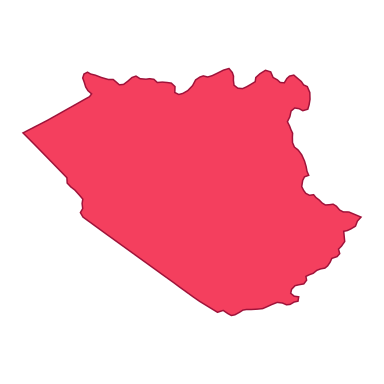 the district of Bom Jardim, Rio de Janeiro, Brazil
{"feature_id": "56859067B55012007485674", "entity_name": "Bom Jardim", "entity_type": "district", "adm_level": 2, "iso_a3": "BRA", "parent_name": "Brazil", "parent_adm1": "Rio de Janeiro", "projection": "albers", "projection_center": [-42.342, -22.206], "detail": "fine", "context": "isolated", "style": "filled", "palette": "rose", "viewbox_px": 384, "rotation_deg": 0, "n_neighbors": 0, "source": "geoboundaries", "source_scale": "gbopen_adm2", "svg_char_len": 2174}
<svg xmlns="http://www.w3.org/2000/svg" viewBox="0 0 384 384"><path d="M293.8,75.1L289.5,76.1L286.9,78.5L284.3,82.8L280.2,82.5L277.4,79.9L273.1,77.5L270.7,71.9L265.5,70.3L260.0,73.7L255.8,77.5L255.2,81.7L250.1,84.8L246.6,86.8L242.6,88.6L237.8,88.2L234.0,85.2L233.4,80.3L233.5,76.1L232.3,72.5L229.0,68.5L223.5,70.1L217.1,73.3L212.1,75.7L207.7,77.0L203.3,75.9L200.0,77.0L195.6,79.9L192.6,85.6L187.8,90.6L182.9,93.4L178.8,94.5L174.8,92.5L175.0,86.6L171.3,83.1L167.1,82.5L162.3,82.1L157.3,82.5L153.9,79.3L149.6,78.7L146.0,79.2L140.1,78.7L136.0,76.1L132.0,77.5L127.8,81.2L123.6,84.4L119.3,84.8L115.8,81.7L113.2,79.5L108.3,79.5L101.4,77.5L95.4,75.2L90.6,74.0L87.5,72.2L84.0,74.0L82.7,78.0L84.2,82.1L85.7,87.0L87.9,90.6L91.6,93.9L89.5,96.7L84.6,99.4L47.5,120.3L23.0,132.9L28.2,138.1L36.2,146.2L66.9,177.7L67.2,183.1L70.9,187.0L74.8,190.0L79.4,195.1L82.8,199.1L82.1,203.5L82.7,208.6L80.4,212.6L83.0,217.1L106.2,234.0L122.7,245.9L151.4,266.6L158.2,271.5L161.2,273.7L173.5,282.5L179.5,287.0L193.9,297.4L199.7,301.4L217.5,312.3L223.2,310.4L227.7,313.5L231.4,315.5L234.9,314.8L239.5,312.3L242.9,310.1L246.4,309.5L251.3,309.5L257.8,309.1L262.7,308.6L266.8,306.8L271.6,304.6L277.2,302.4L282.4,303.0L286.5,304.8L290.1,304.4L294.2,302.0L298.0,301.2L298.7,296.8L294.2,296.2L290.7,293.3L291.6,289.3L295.0,285.7L298.7,284.8L303.8,283.9L306.6,280.2L305.9,276.4L309.4,274.7L313.2,273.3L316.9,270.3L320.6,268.9L324.9,268.1L327.6,265.9L330.1,262.2L331.8,258.4L337.1,256.6L339.7,253.6L338.5,249.1L341.5,246.1L344.7,241.5L344.1,235.4L343.7,231.3L347.2,230.6L350.9,228.9L355.5,226.1L357.4,221.1L361.0,217.1L354.6,214.4L348.9,212.0L343.2,211.9L339.6,210.0L336.4,206.2L333.1,204.2L329.6,204.7L325.4,205.0L322.1,203.0L319.2,200.0L315.9,197.5L313.6,194.7L309.5,195.3L305.7,193.3L303.6,190.4L301.7,186.6L302.7,180.4L304.5,176.8L308.7,175.3L307.0,171.3L306.1,166.5L304.5,161.0L301.7,154.8L298.2,150.1L294.4,147.1L292.5,142.6L292.4,137.0L292.6,133.2L290.9,129.6L289.6,126.1L287.4,121.7L289.8,116.8L291.1,111.0L294.7,108.0L299.2,108.7L302.8,110.7L307.8,109.2L309.1,104.8L310.0,99.3L309.8,92.5L307.3,86.6L303.6,84.9L301.3,81.5L297.3,78.1L293.8,75.1Z" fill="#f43f5e" stroke="#9f1239" stroke-width="1.5"/></svg>